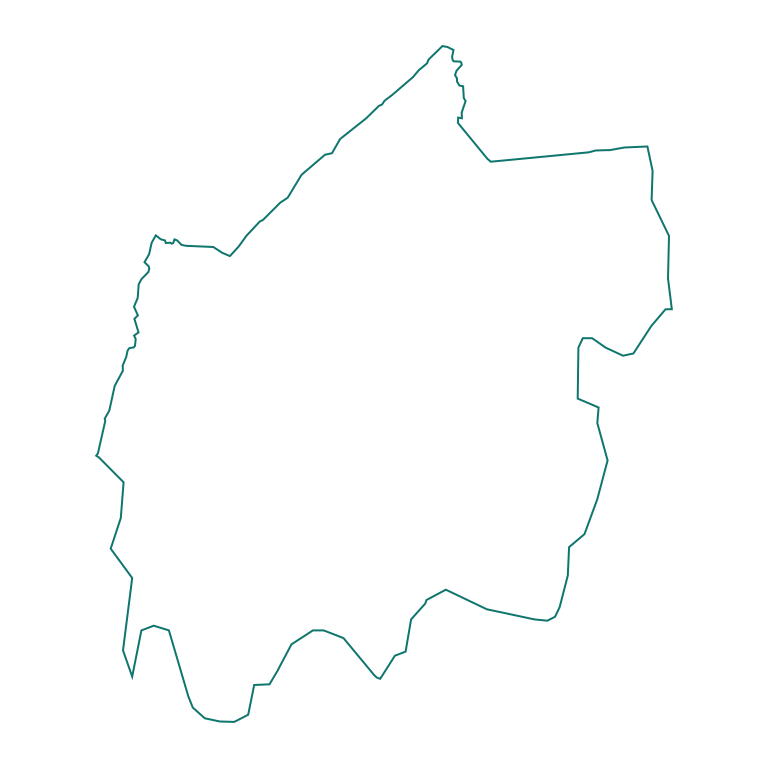 Menchum, Nord-Ouest, Cameroon
{"feature_id": "32672807B61384913593218", "entity_name": "Menchum", "entity_type": "district", "adm_level": 2, "iso_a3": "CMR", "parent_name": "Cameroon", "parent_adm1": "Nord-Ouest", "projection": "mercator", "projection_center": [10.029, 6.605], "detail": "fine", "context": "isolated", "style": "outline", "palette": "teal", "viewbox_px": 768, "rotation_deg": 0, "n_neighbors": 0, "source": "geoboundaries", "source_scale": "gbopen_adm2", "svg_char_len": 2069}
<svg xmlns="http://www.w3.org/2000/svg" viewBox="0 0 768 768"><path d="M671.8,309.2L670.8,300.8L668.0,278.5L669.0,235.9L651.6,200.0L652.6,170.9L647.4,146.5L628.8,147.3L624.4,147.5L609.9,150.1L607.8,150.1L595.5,150.5L588.9,152.3L531.8,157.8L490.8,161.7L487.4,158.8L457.9,122.9L458.2,117.6L461.9,118.3L461.7,112.6L465.6,101.0L463.8,98.1L463.1,86.3L462.3,86.1L459.5,85.6L457.0,81.5L457.0,78.4L455.0,75.1L456.6,70.6L461.8,64.8L461.2,62.5L460.3,61.6L453.7,61.3L452.7,60.2L452.1,56.8L453.5,50.0L447.5,47.0L442.4,46.1L428.5,59.6L427.1,63.3L418.7,70.3L413.1,77.0L392.1,95.0L384.5,100.8L382.0,104.6L379.0,105.8L366.1,118.4L355.6,126.7L340.1,139.0L332.0,153.2L325.1,154.7L322.7,156.7L301.6,174.7L289.2,195.2L287.6,197.8L280.2,202.7L262.9,220.0L259.7,221.6L246.5,235.7L238.7,246.5L229.9,256.1L222.0,252.7L221.0,252.0L213.3,247.0L185.9,245.8L181.4,244.8L177.3,240.5L174.5,239.4L173.2,243.0L171.8,243.7L170.2,242.7L165.8,243.0L164.9,240.4L160.8,239.3L155.8,235.4L151.7,242.7L151.2,244.8L149.1,254.2L144.5,262.2L148.6,266.2L149.3,268.7L148.3,272.1L141.4,279.2L138.7,284.3L137.7,297.9L134.0,306.8L137.9,315.4L134.4,318.8L138.5,332.4L134.1,335.6L135.7,339.0L135.0,345.8L133.8,347.4L129.4,348.1L127.6,350.5L126.2,357.1L122.7,365.5L122.9,370.7L114.7,385.9L109.3,410.6L108.8,411.5L104.7,418.7L105.3,420.8L99.2,447.7L97.9,453.4L96.2,455.7L99.0,457.5L112.3,470.9L123.6,482.3L120.8,518.0L110.7,548.7L132.2,578.0L123.0,650.4L132.2,676.6L141.4,630.4L153.7,625.7L168.9,630.4L188.4,696.6L192.8,707.6L204.8,718.3L219.9,721.5L234.2,721.9L238.6,719.7L248.2,714.7L254.2,685.0L269.5,684.3L277.7,670.5L279.9,666.2L291.5,644.3L312.9,630.4L323.6,630.4L343.5,638.1L374.2,675.1L376.7,677.5L380.2,678.8L394.9,655.7L405.6,651.6L411.1,619.4L425.3,603.5L426.5,600.0L445.8,589.7L486.9,609.3L534.4,619.4L547.3,620.7L555.0,616.8L559.6,607.3L567.8,575.5L569.1,547.1L584.5,534.1L597.3,499.2L606.7,463.8L607.6,460.5L597.3,423.0L598.6,407.5L577.7,398.6L578.4,347.6L582.8,338.2L592.1,338.2L605.6,347.6L623.0,355.7L633.4,353.5L651.3,326.0L665.5,309.3L671.8,309.2Z" fill="none" stroke="#0f766e" stroke-width="2"/></svg>